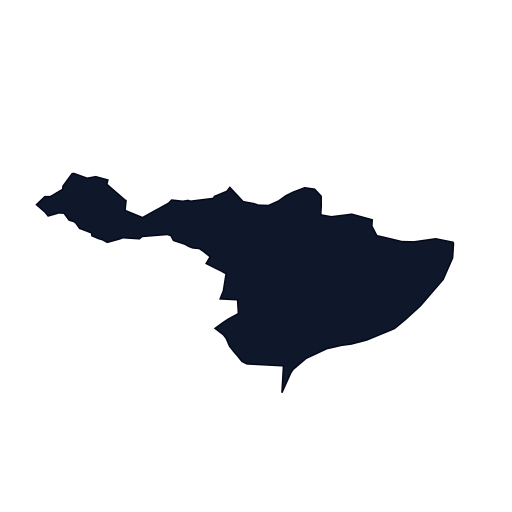 Itu, Akwa Ibom, Nigeria, rotated 71°
{"feature_id": "59680162B41031546236215", "entity_name": "Itu", "entity_type": "district", "adm_level": 2, "iso_a3": "NGA", "parent_name": "Nigeria", "parent_adm1": "Akwa Ibom", "projection": "equal_earth", "projection_center": [7.964, 5.137], "detail": "fine", "context": "isolated", "style": "filled", "palette": "ink", "viewbox_px": 512, "rotation_deg": 71, "n_neighbors": 0, "source": "geoboundaries", "source_scale": "gbopen_adm2", "svg_char_len": 1617}
<svg xmlns="http://www.w3.org/2000/svg" viewBox="0 0 512 512"><g transform="rotate(71 256 256)"><path d="M201.8,360.6L200.5,357.3L206.8,332.8L209.1,329.8L214.4,329.0L221.7,319.4L225.0,316.5L227.7,313.3L230.5,307.2L234.3,304.4L241.8,299.6L246.9,305.6L254.8,297.8L257.8,294.8L263.3,289.8L264.0,290.6L278.3,298.2L284.9,303.9L291.4,287.7L304.7,291.4L306.6,302.7L308.2,308.9L311.1,318.3L319.8,312.5L324.3,311.0L332.6,310.4L339.2,308.1L344.6,305.9L351.1,303.6L355.1,299.7L368.8,265.8L393.7,276.0L387.7,270.4L382.6,265.6L377.9,261.2L375.3,257.8L369.1,241.9L367.9,230.2L366.7,219.4L368.3,204.2L370.3,194.5L371.5,178.5L369.7,148.8L368.5,145.5L364.9,135.9L356.6,116.7L339.1,86.7L321.8,70.7L308.3,65.1L307.1,65.3L298.2,80.5L294.0,102.2L289.8,113.5L282.3,125.2L276.1,135.1L270.3,136.0L267.5,136.4L265.4,136.7L259.6,134.3L247.6,151.9L246.8,156.0L243.4,172.0L238.2,181.3L235.5,180.3L229.7,177.9L220.7,174.9L211.9,178.8L207.3,187.7L207.7,200.2L208.7,208.1L211.3,216.7L212.3,227.7L208.7,237.2L205.8,240.9L200.4,250.5L182.6,258.4L185.3,262.4L186.1,275.9L187.6,277.7L182.9,299.9L181.3,302.2L180.4,307.4L175.6,317.5L177.6,321.5L182.7,350.8L170.5,364.7L170.2,364.9L161.2,360.8L160.7,361.5L139.6,373.7L135.9,371.3L128.8,381.7L127.5,390.3L118.5,401.5L118.3,403.1L127.1,415.8L130.0,417.1L132.9,431.2L131.1,436.3L136.0,446.9L145.6,441.3L150.5,439.5L151.0,430.2L151.0,429.2L150.9,428.9L153.0,423.6L154.0,423.3L161.3,421.0L164.2,416.9L166.3,415.6L172.5,413.8L173.5,412.5L180.4,404.3L180.8,403.9L183.4,404.6L188.3,399.2L190.8,395.7L194.7,392.2L195.5,379.3L195.4,375.9L201.8,360.6Z" fill="#0f172a" stroke="#020617" stroke-width="1.5"/></g></svg>